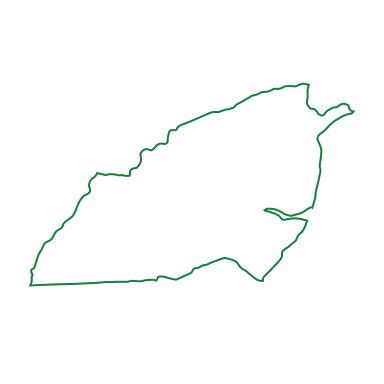 outline of Komo, Estuaire, Gabon, rotated 197°
{"feature_id": "22940354B49823101443356", "entity_name": "Komo", "entity_type": "district", "adm_level": 2, "iso_a3": "GAB", "parent_name": "Gabon", "parent_adm1": "Estuaire", "projection": "albers", "projection_center": [10.284, 0.218], "detail": "fine", "context": "isolated", "style": "outline", "palette": "green", "viewbox_px": 384, "rotation_deg": 197, "n_neighbors": 0, "source": "geoboundaries", "source_scale": "gbopen_adm2", "svg_char_len": 3910}
<svg xmlns="http://www.w3.org/2000/svg" viewBox="0 0 384 384"><g transform="rotate(197 192 192)"><path d="M288.1,182.4L288.1,182.2L289.0,179.1L290.4,176.9L291.8,175.1L292.7,172.2L292.8,170.0L292.2,167.5L290.8,165.6L290.1,164.3L289.8,162.4L290.2,160.9L292.2,158.6L293.6,157.6L295.1,155.2L296.4,151.9L297.1,148.5L297.5,144.7L298.0,139.4L298.6,135.5L299.6,133.2L301.3,130.6L303.3,128.1L304.8,125.9L305.6,124.2L305.7,121.4L306.5,119.1L307.6,118.1L310.1,115.0L311.1,112.5L311.4,110.5L311.8,108.2L312.6,105.6L314.2,103.6L316.3,101.9L317.7,99.9L318.3,98.1L318.7,95.0L319.2,92.3L320.0,89.3L320.5,86.3L320.6,81.7L320.6,73.2L321.9,71.8L322.9,70.6L322.4,68.4L320.8,67.1L320.2,65.5L320.5,63.6L319.8,62.1L319.1,59.3L319.4,55.3L313.1,57.6L295.4,63.8L276.8,70.0L268.8,72.9L255.9,77.5L248.7,80.5L242.6,82.3L238.5,83.9L232.1,85.8L227.4,87.3L224.3,89.2L221.8,89.9L218.5,90.6L215.5,91.4L213.7,92.3L210.5,94.1L206.7,95.6L203.9,96.6L200.1,96.9L199.5,101.1L196.9,102.2L194.2,102.7L185.2,103.0L181.6,103.5L179.1,105.6L176.8,107.7L173.2,110.8L171.0,112.6L169.0,114.8L168.6,116.5L168.1,118.5L166.8,120.0L164.6,120.9L163.0,122.0L161.2,124.2L159.2,125.6L157.0,126.5L153.3,129.8L144.1,136.9L141.8,138.4L138.4,138.8L132.8,138.9L129.4,138.3L127.1,136.8L124.6,134.8L121.2,133.0L119.1,132.8L116.3,131.9L113.2,130.5L110.7,129.5L106.0,127.6L103.3,127.0L100.3,127.0L98.5,127.8L98.2,127.8L98.6,129.1L98.8,130.6L98.4,132.1L96.1,136.5L94.3,139.7L93.0,142.5L91.8,145.0L90.4,147.5L88.8,150.9L87.4,154.4L87.2,157.0L87.6,158.6L88.1,160.2L88.0,162.2L86.5,164.6L84.9,166.3L83.6,167.9L82.4,170.0L80.2,173.3L78.7,175.4L78.3,177.2L78.1,179.6L77.6,182.0L76.8,183.5L75.6,185.3L74.6,187.7L74.0,190.4L73.8,192.7L73.4,198.3L80.9,197.9L85.9,197.0L88.0,196.1L91.1,194.7L93.1,193.8L95.5,192.4L97.7,192.1L99.3,193.0L101.6,194.6L105.4,195.5L111.9,195.8L116.0,195.4L117.3,195.9L115.5,197.8L113.2,198.6L110.3,199.3L108.0,199.7L105.7,199.6L102.8,199.3L100.7,199.0L96.5,197.8L93.6,197.9L90.7,198.0L88.8,199.0L85.8,200.9L82.9,202.7L79.6,205.6L76.9,209.0L74.9,211.3L73.0,212.4L72.4,212.2L72.4,219.7L72.4,222.4L72.9,224.5L73.6,227.6L73.9,230.5L74.0,234.8L74.5,241.6L75.2,248.9L75.9,251.2L77.5,254.0L78.3,258.7L78.8,262.1L79.4,265.5L80.3,269.1L81.6,271.9L83.2,274.0L85.0,276.2L87.0,278.2L87.8,280.1L87.7,282.5L86.8,284.5L85.5,286.2L84.1,288.1L82.7,290.5L81.3,293.2L79.9,296.2L78.0,299.3L76.6,301.4L74.5,303.7L71.4,307.2L68.8,309.8L65.2,312.2L62.5,313.7L61.4,315.3L61.1,316.3L63.0,316.2L65.3,316.9L66.4,318.3L67.4,320.4L69.6,320.9L72.0,320.9L73.9,320.3L75.8,318.8L77.0,316.9L79.4,315.0L82.2,313.7L83.7,312.1L86.6,309.0L87.7,306.5L88.1,304.9L89.2,303.6L90.5,303.0L92.3,303.1L94.0,303.7L94.9,304.3L95.7,305.2L97.8,306.5L99.7,307.1L101.5,306.7L103.3,306.5L104.7,307.3L107.0,309.0L108.2,311.0L108.6,312.9L109.3,317.1L109.9,319.1L111.2,322.9L111.6,326.3L111.7,328.7L115.3,328.4L117.5,328.0L119.5,326.8L121.7,325.1L123.7,323.3L126.9,322.6L130.2,321.7L132.7,320.8L134.9,319.6L136.0,318.3L137.6,316.9L139.8,315.7L142.6,315.1L144.3,314.3L145.4,313.1L147.4,311.2L149.5,309.9L152.1,308.8L154.3,308.0L157.0,305.5L158.9,303.9L160.9,302.7L163.4,301.1L165.1,298.9L167.5,296.4L170.6,293.0L172.4,291.3L174.7,288.9L175.9,286.8L176.9,284.7L178.7,283.6L181.1,281.8L183.8,280.8L187.8,277.8L190.0,276.2L192.3,275.5L195.1,274.8L198.2,272.7L205.2,266.6L209.1,263.3L212.2,260.7L217.3,256.5L221.2,253.6L223.5,251.4L224.7,249.3L225.1,247.0L225.9,246.1L228.6,245.6L230.4,244.9L231.4,243.0L231.3,240.7L230.9,236.1L230.1,233.9L230.2,231.5L231.8,230.0L234.9,229.5L237.4,228.5L239.7,226.0L240.5,223.8L241.7,221.6L243.1,220.0L244.7,219.8L246.9,219.9L249.1,219.3L250.5,218.1L251.8,215.9L252.5,213.3L251.1,210.4L250.2,208.4L249.9,206.6L250.0,204.1L250.8,201.5L252.1,198.9L253.7,198.0L255.9,196.9L257.2,194.8L257.1,192.6L256.4,191.0L256.5,189.4L259.2,188.2L263.9,187.7L266.2,186.7L271.9,186.1L275.6,185.1L277.5,184.1L279.7,182.9L284.9,182.6L288.1,182.4Z" fill="none" stroke="#15803d" stroke-width="2"/></g></svg>